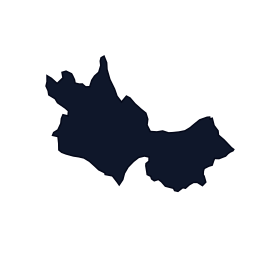 Paramytha, Limassol, Cyprus (Albers equal-area conic projection), rotated 39°
{"feature_id": "46923920B63427576461062", "entity_name": "Paramytha", "entity_type": "district", "adm_level": 2, "iso_a3": "CYP", "parent_name": "Cyprus", "parent_adm1": "Limassol", "projection": "albers", "projection_center": [32.975, 34.759], "detail": "fine", "context": "isolated", "style": "filled", "palette": "ink", "viewbox_px": 256, "rotation_deg": 39, "n_neighbors": 0, "source": "geoboundaries", "source_scale": "gbopen_adm2", "svg_char_len": 1677}
<svg xmlns="http://www.w3.org/2000/svg" viewBox="0 0 256 256"><g transform="rotate(39 128 128)"><path d="M184.6,68.1L182.7,69.9L178.6,76.6L177.4,82.2L176.0,89.1L174.1,94.3L170.2,99.0L166.0,103.2L162.6,106.3L156.8,108.5L152.9,112.9L147.5,116.7L140.9,113.7L137.8,108.7L132.5,105.2L126.1,105.2L118.2,104.8L110.7,103.4L106.7,104.2L106.6,111.9L99.4,110.2L93.0,106.2L83.3,101.7L74.8,95.7L70.3,90.7L64.1,87.2L62.9,90.4L64.3,93.4L67.5,96.5L70.2,103.1L69.3,108.7L69.8,113.7L72.3,120.0L69.2,122.7L65.0,122.6L64.9,122.5L62.4,124.6L58.6,126.4L55.9,124.1L52.0,122.2L50.0,121.4L44.1,122.8L41.7,126.3L45.9,129.9L44.9,138.0L37.2,137.6L32.1,138.3L36.0,143.0L37.9,147.0L42.5,149.3L45.6,152.1L52.9,151.1L57.3,152.7L66.7,152.0L71.0,152.2L73.8,156.4L69.1,158.6L70.3,162.6L73.0,166.8L74.7,173.6L73.1,178.3L74.0,181.2L79.0,178.7L83.8,183.5L88.1,188.6L91.2,188.6L91.7,188.6L96.0,187.2L103.1,184.1L107.7,181.4L112.6,179.0L119.1,178.1L126.5,178.5L131.6,178.9L138.2,177.4L139.5,178.5L146.0,175.0L153.6,176.8L157.0,177.8L156.4,171.4L153.7,165.4L152.6,158.3L153.3,150.6L154.8,144.1L158.4,139.4L162.7,137.3L165.2,140.6L164.4,144.3L165.7,146.2L170.4,150.4L172.2,152.1L176.1,151.2L178.4,152.7L181.6,152.5L184.0,148.8L187.9,148.7L193.6,149.7L196.9,148.2L201.3,146.2L203.6,147.3L206.7,145.8L208.1,139.9L210.6,138.6L210.6,138.3L211.4,133.4L213.1,129.1L216.1,126.6L222.1,125.9L222.5,121.1L217.4,117.5L215.8,117.0L213.6,113.9L212.7,111.5L214.8,106.8L216.8,103.9L215.3,100.0L214.4,97.2L218.0,94.5L220.0,91.0L221.5,88.4L221.8,84.9L222.5,82.4L223.9,79.6L223.7,78.1L220.7,78.2L210.1,76.8L202.8,76.6L199.7,73.5L193.3,71.9L187.3,67.4L186.1,69.4L184.6,68.1Z" fill="#0f172a" stroke="#020617" stroke-width="1.5"/></g></svg>